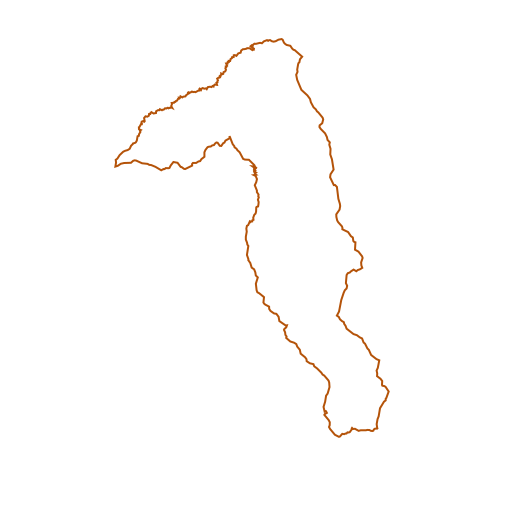 the district of Malaia, Vâlcea, Romania, rotated 252°
{"feature_id": "2599482B8038604719610", "entity_name": "Malaia", "entity_type": "district", "adm_level": 2, "iso_a3": "ROU", "parent_name": "Romania", "parent_adm1": "Vâlcea", "projection": "natural_earth1", "projection_center": [23.936, 45.412], "detail": "fine", "context": "isolated", "style": "outline", "palette": "amber", "viewbox_px": 512, "rotation_deg": 252, "n_neighbors": 0, "source": "geoboundaries", "source_scale": "gbopen_adm2", "svg_char_len": 6111}
<svg xmlns="http://www.w3.org/2000/svg" viewBox="0 0 512 512"><g transform="rotate(252 256 256)"><path d="M314.2,356.5L324.5,358.1L329.6,358.0L334.9,360.0L339.2,360.1L341.3,361.3L344.3,359.9L347.2,360.2L351.3,359.6L356.9,356.8L359.1,356.2L360.6,356.9L361.8,360.0L365.1,362.1L367.0,362.1L373.4,359.6L374.7,358.7L377.0,358.2L379.6,356.7L385.2,355.7L388.7,355.9L392.9,354.5L400.0,350.5L410.8,349.6L415.9,350.2L418.3,352.4L420.6,352.8L425.5,355.4L426.4,356.1L426.8,357.1L429.5,358.6L431.3,361.5L439.9,356.4L440.5,355.4L442.1,354.5L445.3,353.6L447.3,350.3L448.8,349.2L450.3,348.5L453.4,348.2L454.4,347.4L454.8,344.2L454.2,341.1L454.4,339.0L455.4,337.4L457.0,336.1L457.2,334.8L456.9,334.0L457.9,333.2L457.7,329.8L456.5,327.4L457.5,325.7L457.8,321.4L458.4,320.1L457.7,318.2L457.2,318.0L457.8,317.2L457.2,315.7L453.8,318.1L452.9,317.6L453.2,317.0L452.9,316.2L455.5,314.2L456.4,311.8L456.1,311.1L456.3,308.9L456.7,307.5L456.0,305.4L454.1,304.2L454.2,301.8L452.4,299.2L453.6,298.0L453.8,296.9L452.1,296.2L452.5,294.7L451.6,294.2L451.2,292.7L449.5,291.7L450.0,290.4L449.0,290.1L449.4,289.3L449.2,288.9L447.9,288.5L448.3,287.1L445.9,287.3L445.7,286.0L445.0,286.3L444.1,284.9L442.4,285.0L441.1,283.8L440.9,282.0L439.3,281.1L439.3,280.4L440.3,279.3L439.1,279.0L438.5,277.4L437.8,277.7L437.1,277.1L436.9,276.5L437.3,275.9L436.7,273.9L434.8,274.1L434.2,273.3L433.1,273.0L433.0,271.9L430.8,271.8L431.8,269.8L431.2,268.6L430.3,268.0L431.1,267.2L430.4,265.9L431.2,264.6L431.5,262.4L429.9,260.7L430.9,260.2L431.1,258.5L432.2,257.2L431.9,255.7L431.0,255.1L432.6,254.2L432.3,253.7L430.8,253.4L431.1,252.2L430.5,249.1L431.2,248.0L431.3,246.8L432.2,245.9L431.8,244.6L432.0,243.9L431.5,243.1L432.6,242.3L432.3,241.7L431.2,241.4L430.5,239.2L429.6,238.2L430.0,236.1L429.6,234.9L431.2,233.5L429.8,232.4L430.4,231.5L429.4,231.3L429.5,230.3L428.2,229.0L428.2,227.9L427.5,227.0L427.8,226.1L427.1,225.4L427.6,223.1L426.4,223.0L424.8,221.7L422.7,222.1L423.5,221.3L423.4,219.7L423.8,219.2L423.5,218.4L424.3,217.6L424.0,216.1L424.6,215.2L423.7,213.4L424.0,212.2L423.7,211.6L425.3,210.0L424.5,209.2L425.0,207.9L424.5,205.7L422.9,205.1L423.2,202.6L425.0,201.1L424.7,200.8L424.9,200.1L423.7,199.3L424.1,198.2L422.5,197.4L422.1,195.7L423.0,194.1L421.8,192.2L418.6,191.8L418.2,191.1L419.2,190.3L419.1,188.8L417.9,188.1L416.9,188.4L416.6,188.1L417.0,187.4L414.7,185.0L414.6,184.4L412.8,183.9L411.4,185.4L411.0,184.3L409.7,184.4L408.0,182.4L406.5,181.7L406.5,180.4L402.6,178.3L401.3,176.9L401.0,176.2L401.0,173.7L400.5,173.4L399.5,171.3L397.0,169.0L396.4,166.7L396.5,164.0L396.2,161.9L394.1,157.5L391.4,154.2L390.8,152.3L388.2,151.8L384.5,149.9L384.5,152.5L385.5,155.9L385.2,159.3L383.3,165.9L384.5,168.6L384.5,170.1L383.8,171.5L379.4,176.3L377.1,181.4L375.7,182.6L374.9,184.4L371.9,187.9L366.8,192.4L367.3,194.9L367.0,195.2L367.0,196.1L367.5,197.3L366.5,200.0L366.5,200.9L368.5,202.9L370.9,206.5L368.9,210.2L364.0,211.9L363.6,212.7L361.1,214.5L360.6,215.5L361.7,223.2L363.2,223.6L364.0,224.8L363.0,227.8L363.7,230.5L363.5,232.2L365.0,234.0L366.3,237.6L370.6,239.0L372.5,240.7L374.5,243.6L374.5,245.1L374.1,246.8L374.7,248.5L374.5,250.3L375.6,251.8L376.2,253.4L375.6,254.5L372.0,255.6L371.4,257.0L373.4,259.6L373.6,261.0L375.2,262.6L376.1,267.2L378.2,267.9L369.5,268.4L367.2,269.3L366.0,269.2L364.1,270.6L362.4,271.0L359.7,272.5L352.3,273.8L351.1,275.3L349.7,279.0L342.9,282.5L340.9,282.7L339.1,283.9L340.5,282.1L341.9,281.6L342.4,280.3L341.2,281.2L339.5,281.3L338.2,282.4L339.3,280.2L338.4,281.0L337.5,280.5L337.1,281.5L336.2,280.6L335.5,281.5L335.3,280.6L334.5,280.9L334.2,280.4L333.3,281.1L333.6,279.0L332.2,280.4L328.9,280.7L326.1,279.0L323.7,276.7L318.0,277.1L316.5,276.6L313.6,277.4L312.1,276.6L311.0,276.8L308.9,275.2L306.5,275.2L304.2,274.2L302.5,273.3L302.5,271.7L302.0,271.2L298.2,269.8L296.5,268.7L295.7,267.1L293.3,265.2L291.2,264.8L291.1,263.6L290.1,263.1L290.5,261.9L290.0,261.3L290.8,260.8L287.8,258.1L287.5,256.7L285.1,255.3L282.0,254.7L277.5,252.3L274.7,251.4L271.4,251.6L269.5,251.3L267.9,251.8L259.8,247.7L255.3,247.8L254.4,247.4L251.2,248.4L246.3,248.3L243.9,250.1L240.7,250.3L237.5,249.8L235.1,251.1L229.7,247.3L223.2,246.0L221.1,246.1L219.5,247.6L214.4,250.9L209.5,248.7L208.2,249.0L206.9,249.8L203.8,252.8L201.6,252.2L199.3,252.8L195.8,255.4L194.7,257.5L191.2,258.7L186.9,258.1L180.7,262.8L180.5,264.0L178.8,262.7L177.9,260.5L177.1,259.8L174.5,260.1L171.9,259.6L170.0,260.2L168.8,259.4L164.1,262.2L161.8,265.4L159.8,267.1L157.1,267.2L153.3,268.7L149.3,268.3L144.5,271.4L142.3,272.1L140.3,271.7L137.3,274.1L135.4,277.2L133.1,277.3L130.3,279.3L124.8,282.1L122.6,282.7L121.3,283.9L115.1,286.5L113.0,286.5L108.6,285.4L103.0,281.6L101.5,279.5L96.0,276.7L91.6,273.6L86.9,273.2L87.2,274.0L86.8,274.6L84.9,274.9L84.4,272.6L83.8,271.9L77.5,274.4L75.1,274.8L72.3,273.8L70.8,272.6L68.6,273.0L61.6,275.8L58.4,279.0L58.4,280.0L60.2,283.1L59.3,284.8L59.5,286.2L59.2,287.2L60.0,288.5L59.5,289.6L59.5,290.7L61.8,293.9L62.5,293.8L62.8,294.2L61.5,294.8L61.1,296.7L58.0,299.6L57.9,301.7L56.3,306.6L56.2,308.1L55.4,310.2L54.4,311.0L53.6,312.5L53.6,313.6L54.6,314.5L55.0,315.8L54.5,317.8L53.8,318.3L54.9,318.1L58.8,318.8L63.3,321.2L65.6,323.1L72.9,326.9L77.9,332.7L78.6,334.7L80.1,335.2L80.6,336.0L86.1,340.3L91.5,338.8L92.6,337.9L93.6,336.1L94.5,336.0L98.1,337.4L100.7,336.5L104.3,334.0L106.9,335.0L109.8,335.3L112.0,337.3L118.7,341.0L120.7,338.7L126.3,334.9L131.9,334.3L133.6,333.4L138.9,332.6L140.5,331.6L144.8,331.4L146.6,329.5L149.5,327.5L151.6,324.6L158.9,319.7L161.9,319.6L164.2,318.9L165.9,319.1L167.6,317.6L169.9,316.3L172.5,315.9L174.3,314.5L177.5,317.8L187.8,323.5L193.9,328.0L196.0,329.9L197.1,332.1L199.5,333.5L202.4,333.1L209.9,336.3L211.3,338.0L211.3,340.1L212.0,341.4L212.9,344.6L210.5,346.7L211.2,348.4L211.2,350.6L211.9,353.4L214.6,353.3L217.4,354.0L221.2,356.8L222.9,356.8L228.5,354.8L231.4,352.1L238.3,354.8L239.1,353.7L240.2,353.2L243.7,353.8L245.5,352.4L250.3,351.0L254.7,346.4L256.1,346.9L257.6,346.9L262.8,344.6L264.8,344.2L268.3,344.5L270.8,345.2L274.3,349.8L277.5,351.5L279.8,351.9L284.9,352.0L296.7,354.3L299.1,353.1L299.4,351.9L308.0,350.8L310.7,352.1L314.2,356.5Z" fill="none" stroke="#b45309" stroke-width="2"/></g></svg>